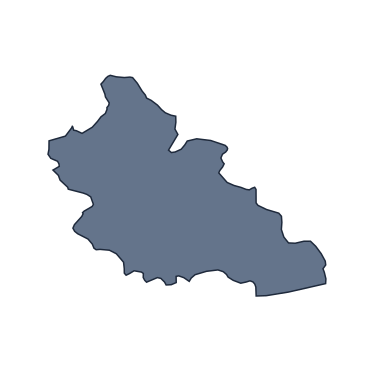 outline of Belgium, rotated 193°
{"feature_id": "BEL", "entity_name": "Belgium", "entity_type": "country or territory", "adm_level": 0, "iso_a3": "BEL", "parent_name": "Europe", "parent_adm1": "", "projection": "robinson", "projection_center": [4.727, 50.501], "detail": "fine", "context": "isolated", "style": "filled", "palette": "slate", "viewbox_px": 384, "rotation_deg": 193, "n_neighbors": 0, "source": "natural_earth", "source_scale": "50m", "svg_char_len": 2097}
<svg xmlns="http://www.w3.org/2000/svg" viewBox="0 0 384 384"><g transform="rotate(193 192 192)"><path d="M174.6,104.3L180.7,106.7L186.1,107.3L188.5,106.2L187.0,100.2L191.4,97.0L196.3,95.6L198.5,98.1L202.9,100.8L206.5,100.8L216.0,93.9L218.2,95.3L220.3,97.7L220.7,99.7L221.1,101.7L223.2,102.6L230.7,102.2L234.5,98.5L237.5,96.1L239.7,97.7L240.8,102.2L242.9,108.2L251.8,114.8L259.4,116.7L268.7,115.4L272.4,114.2L274.9,115.2L277.4,118.8L282.8,122.8L294.0,125.6L297.5,127.3L299.9,130.0L299.2,133.8L293.9,143.4L293.2,146.3L294.0,147.2L292.9,149.0L286.0,155.5L285.3,157.8L287.7,161.5L289.6,164.5L293.8,166.0L297.8,166.5L305.3,166.7L313.2,166.9L314.2,168.7L323.2,173.9L325.9,178.1L332.4,182.1L327.1,187.1L327.9,189.4L329.9,191.7L337.1,193.0L340.8,196.4L341.0,201.4L342.8,209.7L327.9,218.0L323.8,227.2L323.4,229.0L322.9,228.7L321.2,225.6L318.5,225.7L312.3,224.4L303.7,232.7L299.9,239.6L297.6,244.8L294.1,249.0L293.4,253.4L293.9,255.2L292.7,257.6L292.7,260.2L297.7,265.1L298.9,267.8L305.0,276.6L303.2,279.8L301.7,283.3L300.0,285.7L297.9,287.3L291.6,287.2L283.7,288.3L278.3,290.0L275.6,290.1L269.8,285.7L263.3,279.1L259.3,276.0L257.4,273.3L252.4,272.1L245.2,268.9L240.2,265.4L235.9,263.2L229.8,262.1L224.9,262.2L223.4,256.3L222.8,249.5L218.7,244.9L224.3,227.5L221.0,225.8L217.4,227.2L212.1,231.3L209.6,236.3L208.1,240.6L199.4,244.9L185.4,246.4L170.2,244.9L168.1,243.7L167.1,242.4L167.1,240.9L168.2,238.5L170.8,235.7L171.5,231.6L168.8,228.1L167.0,226.7L167.8,223.3L169.8,219.0L170.2,216.6L159.9,209.2L152.5,207.8L145.3,207.5L139.8,206.7L136.6,207.0L134.3,209.2L132.0,210.7L130.2,208.9L127.1,195.8L124.7,193.8L115.4,191.7L102.7,190.9L99.4,188.5L97.6,182.6L96.5,175.6L92.4,168.8L90.3,167.1L86.5,164.1L79.9,165.3L71.9,169.2L67.2,170.3L65.5,170.7L59.2,166.9L52.2,160.9L46.6,154.6L45.3,151.0L47.1,146.7L45.0,143.5L42.0,137.5L41.2,132.8L75.5,116.2L96.3,107.7L106.1,105.1L108.4,113.7L110.1,116.4L112.4,118.1L115.5,118.5L119.1,116.4L124.0,114.1L132.0,115.2L137.7,117.2L139.8,119.4L143.6,121.4L149.2,121.9L160.0,118.0L170.4,112.1L173.4,108.0L174.6,104.3Z" fill="#64748b" stroke="#1e293b" stroke-width="1.5"/></g></svg>